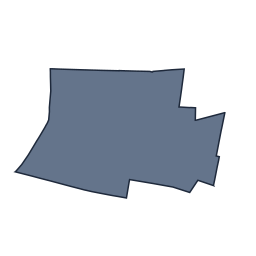 Romanu, Braila, Romania, rotated 105°
{"feature_id": "2599482B95882755808747", "entity_name": "Romanu", "entity_type": "district", "adm_level": 2, "iso_a3": "ROU", "parent_name": "Romania", "parent_adm1": "Braila", "projection": "equal_earth", "projection_center": [27.72, 45.306], "detail": "fine", "context": "isolated", "style": "filled", "palette": "slate", "viewbox_px": 256, "rotation_deg": 105, "n_neighbors": 0, "source": "geoboundaries", "source_scale": "gbopen_adm2", "svg_char_len": 1570}
<svg xmlns="http://www.w3.org/2000/svg" viewBox="0 0 256 256"><g transform="rotate(105 128 128)"><path d="M199.5,225.5L199.4,217.1L199.3,208.1L199.3,199.1L199.2,189.9L199.2,189.6L199.2,180.9L199.2,172.0L199.2,171.8L199.2,168.7L199.1,158.2L199.1,157.9L199.1,153.9L199.0,152.4L198.8,146.6L198.6,143.8L198.2,138.0L197.6,129.9L197.2,124.8L196.7,119.7L196.0,111.4L186.7,112.3L179.3,113.0L177.4,113.1L175.1,89.1L173.4,69.3L174.3,51.7L160.4,47.0L161.5,30.5L161.4,30.6L160.8,30.6L159.3,30.7L155.2,30.9L149.4,31.3L142.1,31.8L135.8,32.1L132.1,32.4L132.1,33.1L132.2,35.5L114.0,36.8L105.6,37.4L104.7,37.4L96.3,37.9L93.1,38.1L88.2,38.4L88.2,38.7L88.4,39.0L91.0,43.5L95.0,50.5L102.7,64.0L103.1,65.0L91.0,68.0L92.0,72.8L92.3,73.6L94.5,84.2L92.7,84.4L86.3,85.1L76.5,86.3L73.6,86.7L64.9,87.8L56.5,89.0L60.3,100.4L63.0,107.9L63.1,108.0L66.8,118.3L66.9,118.5L67.0,118.5L67.4,118.7L67.6,118.9L67.7,119.4L67.7,121.1L67.7,121.6L69.8,130.2L70.8,134.2L73.3,144.7L73.4,144.9L73.5,145.3L73.6,146.1L74.0,147.7L74.5,149.8L74.8,151.3L75.0,151.3L79.3,169.0L80.8,175.4L81.3,177.4L82.8,183.8L83.1,185.0L85.9,196.9L88.7,208.8L90.3,215.9L90.8,217.9L90.9,218.4L91.0,218.4L91.6,218.2L94.2,217.4L98.6,216.2L102.3,215.1L106.0,214.0L110.1,212.8L112.1,212.2L112.6,212.1L122.7,210.3L128.4,209.3L132.7,208.1L140.8,206.7L141.3,206.8L143.5,207.1L144.9,207.4L146.2,207.8L148.8,208.4L153.9,209.8L160.6,211.7L164.1,212.8L167.6,213.8L170.1,214.5L180.1,217.4L191.1,221.3L192.0,221.8L193.1,222.3L196.8,224.1L197.4,224.4L198.7,225.1L199.4,225.4L199.5,225.5Z" fill="#64748b" stroke="#1e293b" stroke-width="1.5"/></g></svg>